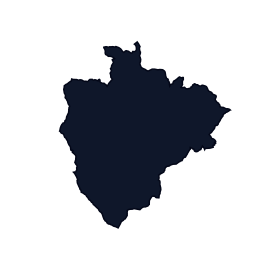 Sant, Bistrita-Nasaud, Romania (Equal Earth projection), rotated 223°
{"feature_id": "2599482B92679946277373", "entity_name": "Sant", "entity_type": "district", "adm_level": 2, "iso_a3": "ROU", "parent_name": "Romania", "parent_adm1": "Bistrita-Nasaud", "projection": "equal_earth", "projection_center": [24.977, 47.501], "detail": "fine", "context": "isolated", "style": "filled", "palette": "ink", "viewbox_px": 256, "rotation_deg": 223, "n_neighbors": 0, "source": "geoboundaries", "source_scale": "gbopen_adm2", "svg_char_len": 5807}
<svg xmlns="http://www.w3.org/2000/svg" viewBox="0 0 256 256"><g transform="rotate(223 128 128)"><path d="M103.0,209.8L103.3,208.4L104.7,207.3L106.6,207.1L107.7,206.2L108.2,206.0L108.9,206.0L109.7,205.5L109.5,204.8L109.6,203.9L110.0,203.7L109.6,202.6L109.4,201.6L109.9,201.0L109.4,200.1L109.9,199.2L111.4,196.9L112.7,196.2L114.4,196.4L115.7,194.6L116.5,193.9L117.0,193.8L117.1,194.9L117.9,197.2L118.9,197.8L119.6,198.9L120.4,199.1L120.3,200.2L120.6,200.7L120.6,201.2L122.0,202.6L122.6,202.1L122.8,201.3L125.2,200.4L125.5,199.0L125.5,197.8L125.8,196.4L125.9,195.2L126.4,194.1L126.5,193.6L126.2,192.2L125.4,191.2L125.3,190.7L125.7,190.3L126.4,189.0L126.0,187.1L127.7,188.2L128.0,188.9L130.0,190.0L131.4,190.0L131.8,191.0L134.1,190.6L134.7,191.2L135.6,191.5L138.2,193.6L139.3,194.3L140.1,194.5L142.1,194.3L142.7,194.0L144.6,192.5L145.8,191.0L148.8,189.1L150.5,187.5L152.1,183.3L153.9,182.7L155.2,182.6L158.1,181.6L159.8,181.4L162.4,182.6L163.5,183.4L164.2,185.1L165.5,186.8L167.2,187.9L168.8,188.6L169.8,190.9L170.7,192.0L171.1,192.0L172.5,192.8L173.9,194.0L174.4,194.7L174.7,195.7L177.9,196.8L180.0,197.2L180.0,196.4L180.3,195.2L180.5,193.7L179.8,193.8L178.0,193.4L176.6,192.4L175.3,191.0L174.9,189.8L175.0,189.0L175.4,188.2L176.7,187.2L176.2,185.3L177.3,184.7L180.0,184.4L182.0,183.3L182.5,182.4L182.4,181.7L182.5,180.4L184.4,180.3L186.8,180.8L187.5,180.8L189.6,180.5L192.2,179.4L192.5,179.2L192.5,178.7L192.8,178.3L194.7,177.0L195.8,175.7L196.9,174.8L197.0,174.3L197.4,173.8L199.5,172.5L200.8,170.6L200.4,170.2L198.8,169.8L198.1,169.5L196.6,168.3L195.9,167.3L194.5,166.5L193.4,166.9L191.5,167.0L190.9,167.3L190.0,168.3L188.5,169.1L187.3,169.5L185.0,169.5L185.1,169.0L185.9,168.0L186.1,167.2L185.0,166.7L184.6,166.7L183.2,165.9L182.6,162.6L181.5,161.0L181.2,159.4L179.4,158.8L178.7,157.4L178.5,156.0L178.2,155.7L177.0,155.1L175.1,153.4L172.7,153.1L172.5,148.0L171.7,144.2L173.2,144.6L174.2,144.6L174.5,144.3L175.1,144.3L176.0,144.4L177.3,143.2L179.0,142.6L180.1,142.8L181.1,143.9L182.0,144.1L182.3,143.7L182.5,142.9L182.0,142.1L183.1,141.5L183.9,141.4L185.2,140.7L185.4,139.9L185.6,139.5L187.5,139.1L188.1,138.3L188.9,137.7L189.1,136.9L189.1,134.7L189.4,134.1L190.6,133.6L191.3,132.8L192.3,132.0L194.0,131.7L195.1,131.2L196.1,130.4L196.4,129.4L198.6,128.4L201.1,126.2L202.6,125.4L201.6,124.0L202.4,120.2L202.3,119.8L202.5,118.7L203.0,117.9L203.4,115.4L202.5,114.4L201.3,112.4L198.3,110.1L196.5,109.6L195.7,108.9L194.6,107.3L192.9,107.2L191.8,106.7L190.6,106.4L188.1,104.8L186.9,104.7L186.3,104.3L185.8,104.3L185.2,103.8L185.1,103.0L184.9,102.4L184.4,102.0L184.0,101.2L182.9,100.1L182.2,98.9L181.6,98.4L181.6,98.1L181.5,97.1L181.0,96.3L181.1,95.8L180.6,95.1L180.6,94.5L178.9,91.9L179.1,90.4L178.5,89.6L178.2,88.5L178.3,87.9L178.9,87.3L178.6,86.5L178.8,85.6L178.6,85.1L178.4,84.1L177.5,81.9L176.3,80.0L176.1,79.9L175.9,79.1L175.1,79.2L173.5,78.8L171.0,79.6L168.1,78.1L166.0,78.2L165.3,77.7L163.5,77.4L162.0,76.4L159.6,75.4L158.2,75.2L157.2,74.9L154.8,72.9L154.0,73.1L153.4,73.9L152.5,74.1L152.3,74.0L152.5,72.6L152.2,72.3L149.3,72.4L147.7,72.3L146.1,71.3L145.8,70.5L144.8,69.5L143.3,66.5L143.1,66.4L142.5,66.6L141.7,66.0L140.0,65.8L139.2,65.6L138.4,63.8L137.0,62.7L136.7,61.3L136.2,60.2L136.6,59.6L137.2,59.3L137.7,58.5L136.1,58.4L132.3,57.2L129.3,55.8L129.5,55.0L127.6,53.3L123.7,51.6L122.7,51.3L121.2,50.4L119.9,50.4L119.4,49.9L118.5,49.5L118.4,49.2L116.0,49.9L114.6,49.9L113.7,50.3L112.6,50.2L111.5,49.7L110.1,49.8L108.5,49.2L107.3,49.0L106.0,49.3L103.9,48.8L103.4,49.3L103.1,49.3L101.1,48.4L100.1,48.6L96.5,48.5L94.4,48.6L93.4,48.1L91.8,47.7L90.2,47.9L89.6,48.2L89.2,47.7L88.3,47.7L88.1,47.4L86.5,46.6L85.9,46.2L83.2,44.9L82.5,44.9L81.5,44.5L80.4,44.8L79.2,44.7L78.7,44.3L78.0,44.5L77.0,44.4L75.4,45.5L74.8,45.5L73.8,46.0L71.6,46.4L69.5,47.5L67.1,48.2L68.4,53.1L68.8,54.0L69.0,55.2L68.5,57.3L68.6,58.8L68.4,59.2L68.1,59.6L68.9,63.4L69.8,64.3L70.0,64.7L70.8,65.3L71.9,66.9L72.3,67.1L72.0,68.7L70.8,70.3L69.4,71.7L68.7,73.1L63.6,76.4L63.5,78.6L63.2,80.1L62.5,81.2L61.3,82.4L60.8,83.8L60.3,84.3L60.5,86.0L60.3,86.5L62.9,89.5L63.7,93.1L63.8,94.7L61.9,96.3L61.5,96.4L60.9,96.2L59.9,96.3L57.8,98.0L58.3,98.8L59.2,99.7L60.0,102.1L60.7,102.8L61.9,105.2L63.4,106.6L66.3,108.5L67.2,109.7L68.5,110.9L70.2,110.7L71.2,112.6L73.4,114.5L72.9,115.7L73.2,116.4L73.2,116.9L72.6,117.4L71.8,120.2L72.3,121.4L72.3,122.1L73.1,123.1L73.6,124.4L73.7,125.0L73.4,125.6L73.4,126.5L72.5,127.5L72.3,128.0L71.9,128.4L71.8,128.7L71.8,129.6L70.4,132.2L68.2,134.5L67.6,137.8L67.1,139.0L67.2,139.7L66.3,140.8L66.4,141.7L66.9,142.8L67.0,143.9L66.8,144.9L66.6,145.4L66.2,145.7L66.2,146.1L66.6,147.6L67.0,149.8L67.5,150.5L67.4,151.0L68.2,154.5L68.0,154.8L68.3,155.4L69.2,156.2L68.7,156.5L67.7,156.8L66.4,156.8L65.6,157.4L63.6,156.5L63.2,156.6L62.9,157.0L62.5,157.2L62.1,157.0L61.3,158.0L60.9,159.1L60.9,159.9L60.7,160.6L60.1,161.8L60.3,162.6L60.6,163.2L61.3,165.5L60.1,165.2L60.0,165.4L59.6,165.4L58.8,165.2L57.2,164.5L57.6,165.7L54.2,169.3L52.6,172.0L53.5,172.5L53.9,173.1L53.4,173.5L53.2,174.8L54.0,175.0L53.6,176.5L54.7,176.5L54.4,177.6L54.9,177.8L54.9,178.1L56.3,178.4L57.9,178.3L59.4,177.6L59.8,177.5L60.5,177.7L61.8,178.3L63.0,178.3L64.2,178.6L64.3,179.9L64.3,180.6L64.0,181.0L64.0,182.3L64.2,183.1L64.4,186.5L65.8,189.3L65.7,189.7L64.9,190.3L64.7,190.6L64.6,191.7L64.7,192.3L65.1,192.8L65.3,193.5L65.8,196.4L66.3,197.7L66.7,200.6L66.7,201.3L67.0,201.5L66.9,201.8L67.5,202.6L67.5,204.1L67.3,204.2L67.0,205.3L67.2,205.9L66.5,207.1L65.9,209.2L65.7,210.6L65.5,210.9L66.4,210.9L67.2,210.6L68.4,209.9L68.6,209.4L70.7,208.5L72.1,208.2L73.7,207.0L74.9,206.3L76.7,207.4L78.1,207.6L78.7,207.9L80.5,207.5L83.2,208.0L84.0,208.7L84.4,210.1L84.9,211.1L85.9,211.7L88.9,210.6L90.1,210.6L90.7,211.0L91.3,211.0L93.9,210.1L95.2,210.3L97.4,211.3L98.8,211.7L99.9,211.5L102.2,210.4L103.0,209.8Z" fill="#0f172a" stroke="#020617" stroke-width="1.5"/></g></svg>